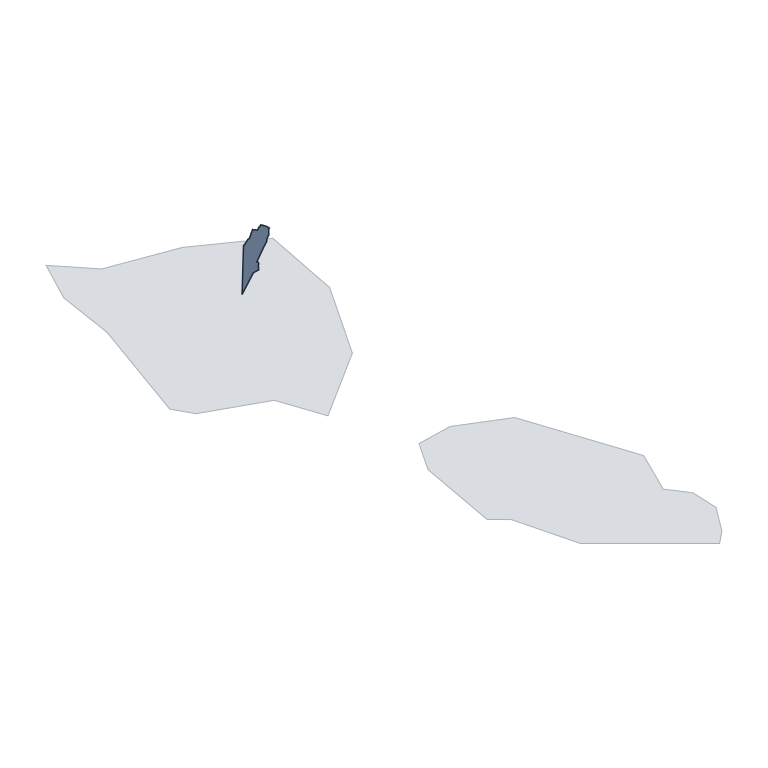 Gagaemauga III, Gaga'emauga, Samoa shown in context
{"feature_id": "51752279B15532907109577", "entity_name": "Gagaemauga III", "entity_type": "district", "adm_level": 2, "iso_a3": "WSM", "parent_name": "Samoa", "parent_adm1": "Gaga'emauga", "projection": "albers", "projection_center": [-172.363, -13.506], "detail": "fine", "context": "in_parent", "style": "filled", "palette": "slate", "viewbox_px": 768, "rotation_deg": 0, "n_neighbors": 0, "source": "geoboundaries", "source_scale": "gbopen_adm2", "svg_char_len": 2257}
<svg xmlns="http://www.w3.org/2000/svg" viewBox="0 0 768 768"><path d="M272.7,238.2L329.7,287.6L352.4,353.2L327.9,415.8L274.1,400.3L195.9,413.7L169.8,409.2L107.1,332.4L63.7,297.8L46.1,265.4L101.5,269.0L182.4,247.4L272.7,238.2ZM719.6,543.5L580.3,543.5L511.4,519.6L487.0,519.4L428.0,469.6L419.0,443.6L450.0,426.5L514.5,417.5L643.7,455.6L663.2,489.1L692.9,492.8L716.0,507.4L721.9,530.9L719.6,543.5Z" fill="#d9dde1" stroke="#a8b0b8" stroke-width="1"/><path d="M269.4,228.2L269.1,228.1L268.8,227.7L268.7,227.6L268.1,227.3L267.8,227.2L267.6,227.0L267.4,226.9L267.0,226.6L266.2,226.3L265.0,225.9L264.7,225.8L264.2,225.8L264.1,225.7L263.4,225.6L263.2,225.6L263.2,225.4L262.8,225.4L262.6,225.3L262.5,225.1L262.6,224.5L262.4,225.1L262.0,225.1L261.5,225.1L261.4,225.1L260.9,225.1L261.0,224.9L260.9,224.8L260.7,224.9L260.3,225.3L260.2,225.5L260.2,226.0L260.0,226.4L259.8,226.7L259.5,226.9L259.2,227.0L258.9,227.1L258.8,227.3L258.5,227.9L258.3,228.2L258.2,228.8L258.1,229.0L257.8,229.3L257.7,229.6L257.7,229.8L257.6,230.0L257.4,230.1L257.0,230.1L256.7,230.1L255.8,229.8L255.6,229.8L254.6,229.8L254.2,229.8L253.7,229.8L253.6,229.7L253.2,229.6L252.9,229.6L252.6,229.5L252.2,230.3L252.1,230.9L252.0,231.6L251.9,231.9L251.6,232.2L251.4,232.5L251.3,232.9L251.1,233.1L251.0,233.4L250.8,234.0L250.8,234.5L250.7,234.8L250.5,235.4L249.2,238.7L248.9,238.8L248.5,238.9L248.2,239.2L247.9,239.3L247.7,239.6L247.6,239.9L247.6,240.1L247.3,240.6L247.2,240.9L246.9,241.1L246.6,241.5L246.4,242.0L245.8,242.6L245.2,243.5L244.7,244.6L244.5,244.9L244.4,244.9L243.8,245.2L243.5,245.6L242.7,272.2L242.3,288.0L242.0,294.6L252.6,274.3L252.5,274.2L252.7,273.7L252.8,273.6L253.0,273.5L253.1,273.4L253.1,273.0L253.6,272.6L258.8,269.8L258.7,269.4L258.6,269.2L258.5,268.9L258.5,268.3L258.7,267.6L258.7,266.9L258.5,266.6L258.4,266.3L258.2,266.1L258.1,265.9L258.1,265.7L258.4,264.9L258.6,264.6L258.8,264.3L258.8,264.0L258.7,263.4L258.7,263.1L258.6,262.9L258.3,262.6L258.0,262.1L257.9,261.9L257.6,261.7L257.2,261.7L256.9,261.7L264.3,245.9L265.2,244.5L265.2,244.4L265.6,243.4L266.2,242.6L266.4,242.1L266.7,241.5L266.7,240.9L266.8,240.5L266.9,239.5L266.9,239.0L267.2,238.1L267.3,237.9L268.9,234.8L268.7,231.4L268.7,230.0L268.7,229.4L269.4,228.2Z" fill="#64748b" stroke="#1e293b" stroke-width="1.5"/></svg>